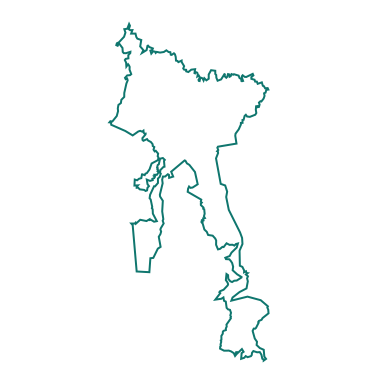 outline of Villa Sola de Vega, Oaxaca, Mexico, rotated 185°
{"feature_id": "50627088B41601938824535", "entity_name": "Villa Sola de Vega", "entity_type": "district", "adm_level": 2, "iso_a3": "MEX", "parent_name": "Mexico", "parent_adm1": "Oaxaca", "projection": "equal_earth", "projection_center": [-97.07, 16.572], "detail": "fine", "context": "isolated", "style": "outline", "palette": "teal", "viewbox_px": 384, "rotation_deg": 185, "n_neighbors": 0, "source": "geoboundaries", "source_scale": "gbopen_adm2", "svg_char_len": 6081}
<svg xmlns="http://www.w3.org/2000/svg" viewBox="0 0 384 384"><g transform="rotate(185 192 192)"><path d="M160.5,313.0L161.2,312.4L162.9,312.9L163.6,310.7L164.6,310.1L165.2,312.4L166.4,312.6L167.0,309.8L167.8,308.8L169.5,310.1L169.5,312.0L170.0,312.2L172.8,306.7L176.2,305.1L177.7,308.0L178.1,310.7L179.1,311.6L179.4,314.8L183.6,315.0L185.6,310.5L185.2,306.3L187.4,304.5L189.6,306.4L190.2,304.1L191.5,306.2L192.9,306.6L193.8,305.7L194.1,303.2L194.9,303.3L195.3,304.3L194.4,306.0L194.5,307.4L195.4,308.6L196.7,307.6L196.5,309.7L197.2,311.3L199.1,311.9L199.4,310.5L199.9,310.7L199.6,314.6L203.4,313.8L206.1,311.2L208.3,311.7L208.5,313.2L210.5,313.2L211.5,314.3L210.8,316.7L213.6,320.5L213.8,322.0L216.9,320.2L217.9,321.3L219.4,321.5L220.0,325.2L221.0,327.7L222.1,328.6L224.2,326.8L225.1,326.9L225.8,329.4L227.5,329.4L229.9,330.9L232.3,329.0L236.0,328.1L239.4,328.5L240.3,327.4L241.1,328.6L242.9,328.8L244.6,326.3L245.8,329.2L244.0,330.1L243.5,331.6L247.2,332.7L248.6,334.0L249.1,333.7L249.6,329.4L253.9,326.2L252.8,329.1L256.3,332.5L255.8,339.0L259.8,340.0L261.0,341.6L262.1,344.9L266.4,344.5L265.5,348.1L267.7,347.8L269.1,348.6L268.3,352.2L269.3,353.9L270.7,349.0L273.6,348.3L272.2,345.0L273.2,340.7L277.8,334.8L279.8,333.6L280.2,331.7L278.8,331.2L277.9,333.2L277.2,333.2L273.8,329.4L273.2,325.5L272.1,324.4L269.9,324.5L265.6,326.3L265.6,325.0L267.4,322.7L267.0,319.6L269.7,318.8L270.4,317.6L268.9,315.1L268.3,311.2L266.8,313.7L265.8,312.6L265.0,311.2L264.9,308.5L262.8,304.1L263.9,303.0L266.7,302.5L268.7,299.9L267.9,298.6L266.5,299.4L265.8,297.6L266.8,294.4L268.1,284.7L267.8,280.8L270.4,277.7L270.6,274.4L272.9,272.3L273.2,268.8L272.7,266.1L273.6,261.1L277.5,255.3L279.5,255.4L280.3,254.2L278.8,254.2L278.3,251.9L263.8,247.0L256.0,243.2L250.8,247.6L249.0,248.4L246.9,247.8L245.7,248.9L245.3,246.9L244.3,245.9L243.3,246.1L243.3,245.3L246.1,241.3L245.8,239.5L244.9,238.8L241.4,240.8L240.3,239.5L237.3,238.2L235.4,236.2L235.1,234.4L233.5,233.5L234.0,230.8L232.7,229.2L231.7,229.9L229.1,227.3L229.3,224.6L228.4,223.4L228.7,220.8L234.7,216.9L236.3,210.8L238.6,206.9L240.0,206.2L240.6,204.7L243.0,205.2L243.3,206.0L243.7,201.4L245.9,200.6L247.7,198.9L250.1,199.4L249.9,193.4L246.5,193.9L247.6,192.6L247.5,191.4L246.2,191.7L244.3,190.1L239.8,189.9L238.3,189.0L236.9,189.7L236.7,192.4L235.4,194.1L237.0,195.9L238.1,200.4L234.8,199.4L232.2,200.4L232.6,201.7L230.9,202.5L230.3,203.8L231.3,204.6L230.2,205.2L230.7,205.9L228.3,206.2L227.3,208.3L227.0,209.5L228.1,209.8L227.7,210.9L228.6,211.8L228.2,212.8L228.9,213.3L228.5,215.9L227.5,216.7L226.7,222.4L224.0,223.3L221.9,221.6L222.6,220.5L221.6,214.8L222.7,214.4L225.5,211.0L225.4,208.1L224.7,207.5L225.5,204.3L227.1,202.4L226.7,198.0L229.3,194.4L230.3,194.4L233.5,185.6L233.7,182.1L232.5,180.9L230.3,173.6L230.6,172.4L229.7,171.4L229.1,167.0L224.5,159.9L227.2,159.1L230.4,160.7L231.6,160.4L231.8,161.2L234.8,159.1L241.2,159.8L245.2,155.5L245.6,156.4L246.2,155.6L249.7,155.3L248.2,153.8L240.2,108.0L227.5,108.4L227.7,122.4L224.8,123.0L221.1,132.6L218.5,134.6L221.2,144.5L219.8,147.3L219.3,149.9L220.2,151.8L220.0,153.0L217.5,158.2L218.7,160.8L218.2,162.4L220.0,170.1L220.3,180.7L223.4,184.7L223.8,186.4L222.0,198.1L222.8,201.7L222.3,204.9L220.1,205.1L217.6,207.6L216.5,207.1L216.0,204.1L212.1,205.7L214.5,210.4L202.1,222.8L201.3,222.6L199.6,220.1L197.0,218.8L190.8,212.2L187.0,200.2L191.8,196.5L193.9,196.0L195.4,197.2L196.2,194.9L196.3,191.8L182.1,185.2L182.4,183.0L181.3,182.3L182.2,181.1L182.0,179.7L179.2,177.5L179.4,176.3L178.3,175.8L177.5,171.4L178.0,168.8L176.9,167.2L178.6,166.7L178.1,164.9L179.4,164.8L178.9,163.6L179.9,163.6L180.0,162.9L178.5,161.2L176.4,155.7L173.8,153.6L172.2,150.6L167.6,150.3L164.8,147.7L163.7,145.8L163.4,141.5L161.1,137.1L159.1,137.8L156.9,140.0L155.7,139.9L153.1,143.9L150.0,142.6L147.1,143.0L145.1,142.3L143.7,144.0L141.8,144.7L142.6,140.6L147.4,135.0L148.9,131.5L153.1,129.4L152.3,128.1L148.9,128.2L147.2,126.5L145.8,124.7L144.5,121.1L144.7,117.6L139.8,113.9L135.2,111.6L135.3,111.1L139.7,107.7L142.2,107.3L144.2,105.8L146.1,106.4L148.3,108.7L148.8,112.3L150.5,113.3L150.6,107.2L148.7,104.9L148.0,103.3L148.3,102.1L152.0,97.4L155.4,95.6L156.0,94.6L155.0,93.7L159.4,86.8L153.5,88.2L151.5,89.7L150.6,86.4L148.8,85.8L147.4,79.6L145.8,78.2L143.9,77.9L142.6,75.0L143.1,72.5L142.3,71.1L142.7,70.3L142.3,69.5L146.1,62.9L145.7,61.0L146.4,59.1L146.2,57.4L148.5,56.4L149.1,55.4L149.0,53.5L150.2,51.2L149.8,47.3L150.4,46.7L149.8,45.3L150.3,42.7L149.8,41.3L150.4,40.6L150.4,38.4L146.2,36.7L141.5,37.2L139.1,36.6L136.3,35.1L134.8,32.4L134.2,33.3L135.1,34.6L134.0,35.2L134.1,36.2L133.4,36.4L133.1,34.8L128.6,39.9L126.7,37.3L128.5,35.8L128.5,30.1L125.5,31.4L124.2,33.2L122.2,32.3L119.0,33.6L118.3,34.7L118.2,37.0L117.0,38.9L113.2,38.0L110.5,38.4L108.7,36.0L107.4,32.0L106.0,31.4L105.9,30.3L103.7,32.2L105.6,34.3L106.8,41.1L110.9,42.5L114.3,45.2L114.2,48.5L116.7,51.5L119.5,58.9L118.6,61.3L117.1,61.4L116.4,62.2L114.2,67.6L114.7,68.2L114.1,69.4L111.6,70.7L110.7,72.6L105.2,77.8L105.8,81.4L106.9,83.5L106.4,84.7L114.1,90.2L127.6,92.6L143.3,87.2L142.4,90.4L135.9,96.5L129.3,100.7L128.6,107.9L129.6,110.8L128.9,112.9L131.1,114.5L129.5,116.0L130.7,116.1L131.3,117.7L133.1,116.6L133.1,118.2L135.3,121.8L137.9,122.7L139.5,137.7L137.2,144.6L138.1,150.6L140.6,155.9L153.8,177.4L157.5,190.0L157.0,195.4L159.5,201.4L164.1,202.6L171.0,227.6L169.4,233.1L169.7,234.4L170.5,234.8L169.5,236.1L170.6,238.3L170.1,239.4L151.9,244.1L153.8,251.8L153.7,253.9L150.9,258.5L149.2,263.4L149.3,265.1L147.7,265.3L148.0,268.1L146.9,268.4L146.2,272.4L145.1,273.6L143.7,272.0L140.9,271.9L135.7,274.5L134.8,276.3L135.6,279.5L135.6,283.0L134.3,283.3L134.0,282.2L132.7,282.6L132.3,285.0L133.1,286.9L131.7,288.4L130.8,288.2L128.8,291.3L128.1,294.1L128.8,296.6L127.4,297.4L126.9,300.2L124.9,300.7L125.7,302.1L128.2,301.7L129.6,303.7L130.7,304.0L132.0,307.3L136.0,305.5L137.0,307.6L138.7,307.5L139.5,309.3L142.7,309.9L142.9,311.6L141.0,313.5L141.8,315.0L148.0,311.3L149.6,311.3L151.7,312.7L152.4,311.7L152.3,310.4L150.8,307.1L151.9,306.7L152.5,307.0L152.5,308.6L154.6,309.7L155.7,312.0L160.5,313.0Z" fill="none" stroke="#0f766e" stroke-width="2"/></g></svg>